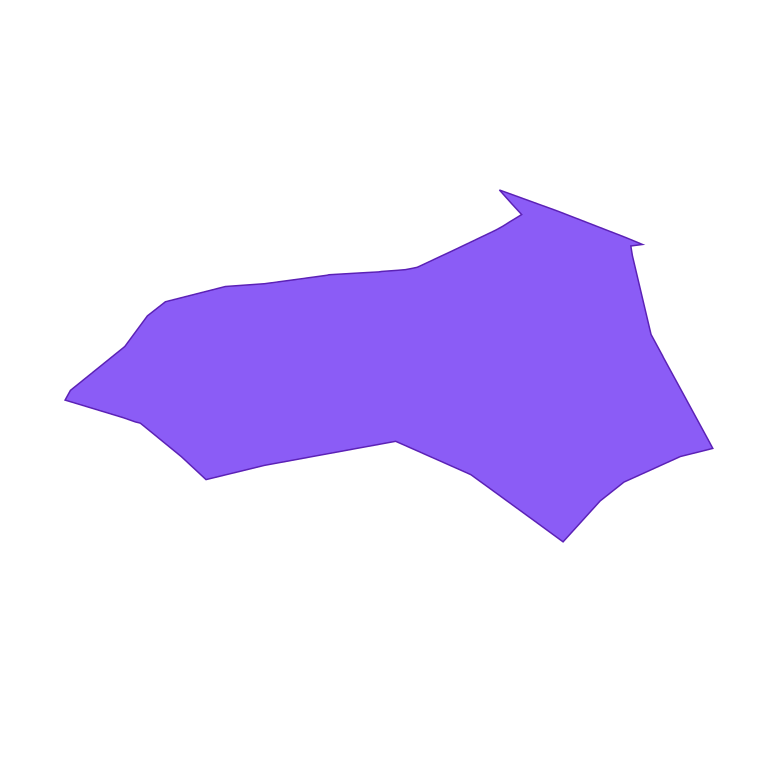 the district of Santiago Apoala, Oaxaca, Mexico, rotated 83°
{"feature_id": "50627088B45537020444974", "entity_name": "Santiago Apoala", "entity_type": "district", "adm_level": 2, "iso_a3": "MEX", "parent_name": "Mexico", "parent_adm1": "Oaxaca", "projection": "albers", "projection_center": [-97.14, 17.639], "detail": "fine", "context": "isolated", "style": "filled", "palette": "violet", "viewbox_px": 768, "rotation_deg": 83, "n_neighbors": 0, "source": "geoboundaries", "source_scale": "gbopen_adm2", "svg_char_len": 940}
<svg xmlns="http://www.w3.org/2000/svg" viewBox="0 0 768 768"><g transform="rotate(83 384 384)"><path d="M205.5,245.8L220.9,235.1L232.6,226.7L234.2,230.2L238.2,239.1L241.9,246.9L244.9,254.4L258.9,296.1L259.0,296.4L272.2,336.8L272.6,341.2L273.1,348.7L272.8,356.8L272.0,372.6L272.1,375.7L271.2,388.6L268.9,424.6L268.9,425.9L269.1,426.9L269.9,490.3L267.9,529.6L275.7,590.9L287.5,610.5L315.2,636.7L352.1,696.0L361.1,702.5L385.8,646.6L385.9,646.4L391.0,636.1L391.5,635.0L392.8,631.5L393.0,631.1L393.3,630.5L431.4,594.0L457.2,572.3L450.2,512.7L447.0,459.2L444.6,418.9L442.3,379.4L471.5,330.6L484.6,308.8L532.1,257.9L562.5,225.5L526.4,183.7L510.6,157.8L492.1,98.7L488.0,65.5L483.6,67.2L483.1,67.4L480.7,68.3L480.3,68.5L478.6,69.1L478.2,69.3L439.2,84.7L436.1,85.9L391.4,103.6L391.1,103.7L390.6,103.8L367.4,112.9L287.1,121.8L277.1,122.2L277.0,110.5L268.2,126.0L233.8,190.1L205.5,245.8Z" fill="#8b5cf6" stroke="#5b21b6" stroke-width="1.5"/></g></svg>